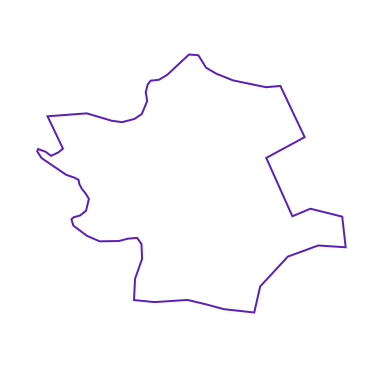 the border of Iecavas, rotated 344°
{"feature_id": "LVA-5736", "entity_name": "Iecavas", "entity_type": "Municipality", "adm_level": 1, "iso_a3": "LVA", "parent_name": "Latvia", "parent_adm1": "", "projection": "mercator", "projection_center": [24.152, 56.602], "detail": "fine", "context": "isolated", "style": "outline", "palette": "violet", "viewbox_px": 384, "rotation_deg": 344, "n_neighbors": 0, "source": "natural_earth", "source_scale": "10m", "svg_char_len": 885}
<svg xmlns="http://www.w3.org/2000/svg" viewBox="0 0 384 384"><g transform="rotate(344 192 192)"><path d="M227.0,59.0L235.8,62.3L239.8,76.4L248.0,85.0L262.3,96.1L292.1,111.7L306.2,114.4L315.4,170.3L272.8,179.7L281.8,243.0L301.2,240.7L329.6,257.1L324.5,287.5L298.6,278.2L266.3,280.5L231.5,301.6L218.6,325.0L190.1,313.3L174.6,303.9L157.9,294.5L125.6,287.5L106.5,279.9L113.3,259.8L125.6,242.5L129.1,228.1L126.6,221.0L117.6,219.2L108.4,219.0L89.7,214.0L79.0,205.2L68.7,191.7L68.6,185.0L71.2,183.7L77.9,183.7L85.0,180.8L91.0,170.2L89.3,164.0L87.0,158.6L85.9,153.5L86.3,149.0L82.8,145.7L75.8,140.8L56.7,117.9L54.4,110.2L55.9,108.3L62.3,112.9L66.5,118.4L74.4,117.1L79.9,114.8L74.0,79.4L112.5,87.4L134.7,101.5L144.1,105.6L156.8,105.9L165.2,103.2L174.1,92.1L175.0,83.4L179.1,76.4L182.9,73.6L191.0,75.0L200.6,72.5L216.0,64.6L227.0,59.0Z" fill="none" stroke="#5b21b6" stroke-width="2"/></g></svg>